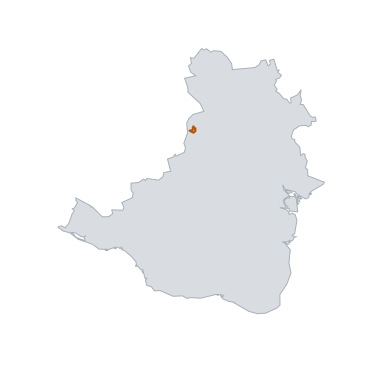 Seringueiras, Rondônia, Brazil shown in context, rotated 75°
{"feature_id": "56859067B10080877774160", "entity_name": "Seringueiras", "entity_type": "district", "adm_level": 2, "iso_a3": "BRA", "parent_name": "Brazil", "parent_adm1": "Rondônia", "projection": "orthographic", "projection_center": [-63.234, -11.893], "detail": "fine", "context": "in_parent", "style": "filled", "palette": "amber", "viewbox_px": 384, "rotation_deg": 75, "n_neighbors": 0, "source": "geoboundaries", "source_scale": "gbopen_adm2", "svg_char_len": 5131}
<svg xmlns="http://www.w3.org/2000/svg" viewBox="0 0 384 384"><g transform="rotate(75 192 192)"><path d="M106.3,81.6L110.1,84.8L114.9,83.2L116.4,85.2L119.1,82.3L125.6,79.3L127.0,76.4L131.2,74.9L131.5,73.1L126.7,72.4L125.5,64.9L121.4,60.1L126.9,62.5L131.8,62.4L135.3,64.8L136.4,61.9L148.7,58.3L151.4,55.9L151.2,53.6L154.8,53.5L155.9,54.6L154.8,58.4L158.0,59.5L159.1,62.6L157.0,65.0L156.0,71.3L158.3,77.9L164.1,81.8L166.7,81.3L167.9,79.2L170.1,79.7L176.7,76.3L185.0,77.6L183.7,74.8L185.0,73.0L186.6,73.8L192.0,72.7L198.0,76.2L200.6,74.6L206.3,76.0L216.8,61.6L218.5,63.2L222.3,77.0L224.1,79.3L227.6,80.6L228.1,84.1L222.0,90.5L218.3,92.5L213.4,101.4L208.5,102.5L213.6,102.9L221.0,98.7L222.5,104.6L224.5,106.5L232.1,104.8L229.8,111.3L232.8,106.2L236.4,103.3L238.1,104.3L238.9,103.4L238.2,101.0L240.6,98.2L246.4,97.9L258.9,103.7L259.8,106.4L261.6,104.7L264.5,106.9L265.2,109.1L263.7,110.5L264.3,111.3L265.9,110.0L266.2,111.4L264.8,112.8L263.8,117.2L265.8,115.5L267.3,112.2L267.5,114.7L273.1,112.0L285.8,116.8L295.9,117.3L305.6,124.3L313.8,133.7L324.1,136.3L326.0,139.7L328.1,152.3L326.5,160.3L322.0,168.0L309.7,180.2L309.8,179.1L307.1,185.0L303.1,190.0L301.4,190.7L300.4,188.2L299.2,189.3L297.2,194.9L296.8,211.3L293.7,220.5L293.5,224.3L289.9,228.0L287.8,237.3L278.9,248.5L277.8,253.9L273.1,255.7L270.4,260.0L264.7,259.7L263.7,257.9L263.0,259.8L254.1,259.6L254.3,261.2L248.2,264.5L245.0,264.2L239.0,267.0L231.2,272.2L229.6,274.8L228.4,273.7L227.8,274.9L226.3,274.3L228.2,276.0L226.3,277.6L225.4,280.6L225.9,287.1L223.2,296.5L216.7,301.7L208.1,314.3L200.7,319.8L200.7,317.9L205.8,315.7L210.8,308.8L211.0,307.5L208.1,308.2L206.7,305.8L207.3,308.1L206.3,310.7L201.6,314.9L199.9,318.2L200.1,320.1L196.3,326.6L191.6,330.5L190.7,329.8L191.0,326.6L193.7,323.8L190.3,319.0L182.2,313.5L179.8,310.5L177.2,312.0L177.1,309.9L172.5,305.2L170.1,306.4L167.7,305.7L179.2,293.4L180.4,293.5L180.3,292.3L192.7,285.1L194.3,278.9L192.4,274.3L188.5,274.1L191.7,263.5L189.3,261.7L184.1,262.6L182.1,251.2L177.9,249.1L174.6,250.4L167.7,248.7L169.0,241.2L167.0,235.2L169.0,233.9L167.2,232.2L171.9,221.3L169.8,216.2L165.9,214.2L166.5,207.3L153.8,207.1L153.4,201.4L151.1,198.6L153.2,198.5L151.7,189.1L147.7,186.9L142.7,187.2L133.8,181.0L124.2,179.3L120.2,176.0L117.3,170.7L117.2,159.7L108.8,161.1L94.5,170.1L90.2,169.0L80.2,169.7L80.7,158.3L75.8,162.3L69.2,162.7L67.7,159.2L61.9,158.7L63.4,155.6L55.9,145.5L57.9,143.7L57.5,140.8L61.9,137.5L61.1,134.8L63.5,127.8L70.8,123.1L78.2,120.5L84.2,121.3L88.1,99.0L86.5,94.2L83.3,91.6L83.4,86.6L89.9,85.8L88.8,83.1L84.9,83.1L84.9,78.6L96.9,78.2L96.8,76.4L98.7,78.0L102.5,75.4L104.6,78.2L104.8,81.9L106.3,81.6ZM225.6,93.0L238.6,95.0L235.5,102.6L233.1,102.6L232.7,103.9L230.8,103.2L228.7,105.1L223.7,104.8L222.0,100.8L223.3,99.9L221.7,98.5L222.8,94.0L225.6,93.0ZM214.4,101.9L216.5,96.4L218.5,95.7L218.3,99.1L214.4,101.9ZM229.2,90.5L227.9,92.5L225.0,91.9L225.4,90.6L229.2,90.5ZM224.7,88.0L224.2,92.2L223.0,91.7L224.7,88.0ZM231.3,93.3L229.4,93.4L228.6,93.0L230.9,91.9L231.3,93.3ZM222.8,93.0L220.8,94.3L220.0,93.6L221.4,92.4L222.8,93.0ZM226.3,89.5L225.4,88.6L226.9,87.8L227.1,88.6L226.3,89.5ZM225.2,78.6L224.1,78.7L223.8,77.2L224.9,77.1L225.2,78.6ZM225.8,291.1L225.7,289.7L226.6,288.5L226.8,288.9L225.8,291.1ZM249.3,264.0L249.3,265.6L248.2,265.2L249.3,264.0ZM226.4,281.5L225.9,280.7L226.8,279.9L227.1,280.3L226.4,281.5ZM265.5,114.5L264.7,116.1L265.5,113.9L265.5,114.5ZM300.7,190.9L299.5,191.2L300.4,190.0L300.7,190.9ZM257.2,260.4L255.9,260.8L255.7,260.5L256.5,259.9L257.2,260.4ZM298.5,193.6L297.9,194.5L297.7,193.9L298.5,193.6ZM262.2,103.3L262.3,104.2L261.9,104.0L262.2,103.3Z" fill="#d9dde1" stroke="#a8b0b8" stroke-width="1"/><path d="M130.1,175.0L131.7,175.0L131.6,175.3L131.7,175.5L131.8,175.5L132.0,175.7L132.2,175.8L132.3,175.8L132.3,176.0L132.4,176.3L132.4,176.5L132.2,176.6L132.2,176.8L132.2,177.0L132.1,177.3L132.0,177.5L131.9,177.7L131.9,177.9L131.9,178.0L131.9,178.3L132.0,178.3L132.0,178.2L132.1,178.3L132.2,178.2L132.3,178.2L132.5,178.2L132.5,178.3L132.6,178.2L132.6,177.9L132.8,177.9L133.0,177.8L133.2,177.7L133.3,177.7L133.4,177.4L133.5,177.2L133.4,177.2L133.4,176.9L133.4,176.7L133.5,176.7L133.6,176.4L133.8,176.3L134.0,176.2L134.2,175.9L134.3,175.9L134.5,175.8L134.6,175.7L134.6,175.8L134.7,175.7L134.8,175.7L134.8,175.8L134.9,175.7L135.0,175.7L135.0,175.8L135.1,175.7L135.3,175.5L135.3,175.4L135.3,175.2L135.3,174.9L135.2,174.8L134.9,174.8L134.8,174.7L134.7,174.6L134.6,174.4L134.4,174.3L134.3,174.1L134.3,173.9L134.3,173.7L134.4,173.4L134.5,173.4L134.4,173.2L134.3,172.9L134.2,172.9L133.9,173.0L133.9,172.9L133.8,172.7L133.7,172.7L133.7,172.8L133.4,172.8L133.4,172.7L133.2,172.5L133.1,172.4L132.9,172.4L132.7,172.4L132.4,172.5L132.2,172.6L131.9,172.8L131.8,172.7L131.8,172.8L131.7,172.7L131.7,172.8L131.7,172.7L131.6,172.8L131.4,172.8L131.2,172.9L130.9,172.9L130.7,172.8L130.7,173.0L130.4,173.2L130.3,173.3L130.2,173.3L130.0,173.2L129.9,173.2L129.9,173.3L129.7,173.3L129.5,173.5L129.5,173.4L129.4,173.4L129.5,173.5L129.4,173.6L129.5,173.6L129.6,173.8L129.8,174.0L130.0,174.0L130.3,174.1L130.4,174.3L130.2,174.4L130.2,174.5L130.0,174.8L130.1,175.0Z" fill="#f59e0b" stroke="#b45309" stroke-width="1.5"/></g></svg>